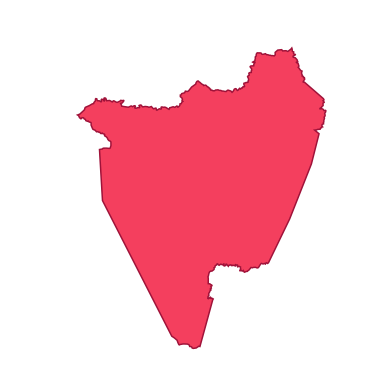 outline of Las Minas, Herrera, Panama, rotated 7°
{"feature_id": "35544464B70726679944443", "entity_name": "Las Minas", "entity_type": "district", "adm_level": 2, "iso_a3": "PAN", "parent_name": "Panama", "parent_adm1": "Herrera", "projection": "orthographic", "projection_center": [-80.794, 7.719], "detail": "fine", "context": "isolated", "style": "filled", "palette": "rose", "viewbox_px": 384, "rotation_deg": 7, "n_neighbors": 0, "source": "geoboundaries", "source_scale": "gbopen_adm2", "svg_char_len": 5907}
<svg xmlns="http://www.w3.org/2000/svg" viewBox="0 0 384 384"><g transform="rotate(7 192 192)"><path d="M273.5,36.9L272.6,38.3L270.0,40.8L268.1,40.3L264.8,40.9L263.7,39.8L259.8,40.7L257.5,43.3L257.9,45.7L257.0,46.9L255.1,46.8L254.2,47.0L252.9,46.7L252.1,46.9L250.6,46.5L249.4,46.6L248.0,45.8L246.0,46.6L245.0,46.8L244.3,46.5L243.8,45.8L243.3,45.6L240.0,45.9L239.4,46.3L239.0,47.4L239.1,49.1L238.3,50.3L238.6,51.5L238.4,53.1L238.5,54.1L236.4,55.7L237.0,56.0L238.3,55.5L238.7,55.8L237.8,57.7L237.9,59.2L235.2,59.7L234.7,60.0L234.4,60.5L234.5,60.8L235.4,61.8L236.1,62.4L236.4,64.1L236.0,64.6L236.3,66.1L234.6,66.5L234.1,66.9L234.0,67.7L234.5,68.5L234.6,69.0L233.6,69.8L233.1,70.8L234.0,72.1L234.4,73.2L234.5,74.2L234.1,75.1L234.4,75.9L234.0,76.4L232.1,76.8L231.7,77.2L230.4,77.6L230.2,78.4L231.3,80.7L230.8,81.3L229.8,81.3L229.3,82.6L228.4,82.7L227.7,83.8L226.5,83.3L225.5,85.1L224.6,85.7L223.2,84.2L222.7,84.1L221.8,84.5L221.3,85.0L221.1,85.9L220.3,87.4L219.6,88.2L218.4,87.1L215.5,86.5L214.8,86.7L213.6,88.1L213.2,88.0L212.7,88.2L210.7,88.0L209.3,88.1L208.3,87.7L206.5,87.8L205.4,87.4L202.8,88.0L202.2,88.7L201.7,88.8L200.5,89.0L199.9,88.6L199.1,88.7L198.6,88.4L198.1,88.5L197.9,87.7L197.3,87.6L197.0,87.0L196.5,86.9L196.1,86.3L195.4,86.1L195.0,85.7L194.3,85.6L193.1,84.5L192.1,84.3L190.6,84.9L189.9,84.1L188.6,83.7L186.3,82.1L185.7,81.9L184.8,81.1L184.3,81.1L183.6,81.5L183.2,82.0L182.6,83.5L182.6,84.4L178.8,87.9L176.2,92.2L175.1,92.8L173.1,92.7L172.6,94.4L169.8,95.6L169.3,97.0L168.6,97.2L168.8,98.8L170.5,99.9L171.2,101.1L170.9,102.3L171.9,103.2L171.0,103.8L171.0,104.3L170.4,105.7L169.4,105.9L169.3,107.8L168.2,109.2L167.5,109.4L167.3,108.8L166.5,108.5L164.6,110.1L163.3,109.7L162.0,110.0L161.2,110.5L159.6,111.1L159.3,112.5L159.1,112.8L155.6,111.2L154.4,111.1L153.2,111.4L151.7,111.2L151.0,111.7L151.4,112.9L151.1,113.5L149.4,113.4L147.2,115.1L146.7,114.9L146.1,113.2L145.4,113.2L144.1,114.0L143.6,114.1L141.2,112.1L139.0,113.2L137.6,112.8L135.1,112.8L132.8,113.5L132.1,113.2L131.2,112.1L130.5,111.9L129.3,112.3L128.9,112.6L129.7,114.0L129.6,114.7L128.1,114.8L126.4,115.6L125.3,115.7L125.0,115.5L124.9,115.2L125.4,114.0L125.1,113.5L124.8,113.3L123.8,113.6L122.7,114.5L121.1,114.0L118.5,115.6L111.8,115.4L111.3,114.1L110.3,112.8L110.5,112.6L111.7,112.3L113.0,110.5L113.2,109.6L113.0,109.4L111.6,109.8L110.1,109.7L109.4,110.6L107.0,112.1L106.0,112.1L103.3,111.0L102.7,111.2L102.2,112.1L101.8,112.3L99.1,111.2L96.1,111.8L95.1,109.6L94.5,109.3L93.7,109.3L93.2,109.7L94.1,111.3L93.9,112.3L93.7,112.4L92.2,111.0L91.0,110.9L90.7,111.3L91.1,113.2L90.7,113.6L89.1,112.8L87.1,112.9L86.7,112.5L86.1,111.1L85.2,111.0L84.9,111.4L84.9,113.5L83.8,115.0L83.6,116.2L82.1,116.8L79.8,118.6L75.9,120.9L75.5,121.6L75.3,123.3L74.6,124.3L71.1,128.4L69.0,129.5L70.1,130.0L71.4,132.1L72.3,132.4L72.8,132.9L73.2,132.7L73.8,131.6L75.3,131.6L76.2,132.7L77.3,132.9L77.9,134.1L79.8,134.6L80.4,134.3L81.2,135.0L83.1,135.3L83.5,135.9L83.7,137.9L85.2,140.6L86.1,141.9L88.3,142.5L89.9,143.9L91.3,143.6L92.5,144.1L93.2,143.9L94.2,145.0L94.7,144.8L95.2,145.0L95.9,144.5L96.7,145.1L98.1,145.3L98.4,145.8L98.3,146.6L98.6,147.0L100.1,147.6L101.2,148.5L102.1,150.0L103.1,151.0L104.8,151.6L105.4,152.2L105.9,155.7L105.5,158.0L105.2,158.6L104.7,158.8L101.5,158.9L98.8,159.3L98.2,159.6L97.8,160.2L95.0,161.1L104.2,211.4L189.5,337.6L192.3,339.0L195.3,341.0L196.3,343.1L197.5,345.0L198.0,345.3L199.1,344.7L201.7,343.9L206.0,343.5L207.0,343.8L208.0,344.3L208.5,345.6L210.1,345.6L210.7,346.0L211.0,346.7L212.2,347.1L215.2,346.3L217.6,344.2L218.7,344.4L225.7,296.6L226.1,295.6L225.5,295.2L224.4,295.1L224.1,295.3L223.6,294.5L222.9,294.1L222.7,294.3L222.6,295.2L221.7,295.1L221.2,295.9L220.7,295.7L220.7,293.8L221.4,292.3L221.0,291.5L221.0,290.6L221.6,289.4L221.8,288.2L222.7,287.1L222.7,286.7L222.1,286.3L221.9,286.1L222.9,285.1L222.3,283.4L223.1,282.8L223.2,282.2L222.8,281.9L221.6,281.5L221.0,281.0L219.3,281.0L218.7,275.9L218.2,274.1L218.5,273.3L218.7,270.7L219.2,269.1L220.3,268.2L221.4,268.1L223.0,266.6L223.4,265.8L223.1,264.4L223.9,264.0L224.1,262.2L225.1,261.6L225.4,260.6L226.1,260.2L226.5,260.4L226.9,261.1L227.9,261.4L228.3,260.8L228.8,260.7L229.3,260.1L229.7,260.1L231.0,260.6L232.4,259.5L232.6,259.8L232.4,261.1L233.0,261.5L234.3,260.9L234.5,259.6L235.1,259.4L235.4,259.6L235.7,260.2L236.3,260.5L237.1,261.3L237.6,260.2L238.5,260.0L238.8,259.6L239.6,259.7L240.1,260.2L240.7,259.7L241.4,260.1L242.4,259.6L244.0,260.2L244.3,259.9L243.9,259.1L244.0,258.8L245.1,259.1L245.9,258.9L246.2,259.1L246.2,260.3L246.4,260.7L247.8,260.1L249.3,260.5L249.3,261.7L249.8,262.5L249.0,263.9L249.1,264.3L249.6,264.3L250.4,263.9L251.5,264.4L252.5,263.6L253.4,265.0L253.9,265.2L255.7,264.2L256.7,264.0L256.9,263.5L258.0,262.6L259.8,259.7L261.1,259.9L262.0,259.4L264.2,259.0L265.6,259.4L266.6,259.3L267.3,258.6L268.7,255.6L269.4,254.5L269.9,254.4L271.3,254.8L272.5,254.1L273.6,254.6L274.3,253.2L275.8,253.7L276.6,252.7L292.2,206.9L307.1,149.6L311.0,118.7L306.2,115.6L308.1,115.1L309.2,114.5L311.5,114.1L311.8,112.9L312.8,112.4L313.0,111.6L313.6,111.4L312.9,110.8L312.9,109.1L314.3,108.3L313.9,107.2L314.3,106.5L314.1,104.9L314.5,102.7L314.0,101.6L314.6,100.8L314.8,99.6L314.1,97.7L314.8,96.6L315.0,95.1L314.6,94.7L313.6,95.1L313.1,95.1L312.7,94.5L311.7,93.7L310.1,93.5L309.0,93.9L308.8,93.5L309.2,93.0L310.3,92.3L310.5,91.4L311.6,90.3L311.2,87.8L312.3,86.9L312.2,86.6L310.9,85.5L311.7,84.7L311.7,84.2L311.0,83.3L290.5,69.5L289.9,69.2L289.2,69.4L288.9,69.2L289.2,68.5L289.2,68.0L290.1,66.4L289.7,64.9L289.5,64.7L288.8,64.9L288.3,63.7L287.1,63.4L287.2,62.6L286.6,61.6L286.2,60.4L286.5,58.6L285.4,58.3L284.2,57.3L283.0,55.9L282.2,55.3L282.8,54.0L281.6,51.4L281.4,51.1L280.3,51.0L279.8,50.5L281.0,49.6L280.3,48.4L280.1,47.8L279.5,47.4L278.2,46.2L276.2,45.9L275.8,45.6L275.9,44.6L277.5,43.6L277.8,43.1L277.5,42.8L276.6,42.8L276.2,42.5L275.9,42.1L275.9,40.6L274.8,40.3L274.4,40.0L274.0,38.0L273.5,36.9Z" fill="#f43f5e" stroke="#9f1239" stroke-width="1.5"/></g></svg>